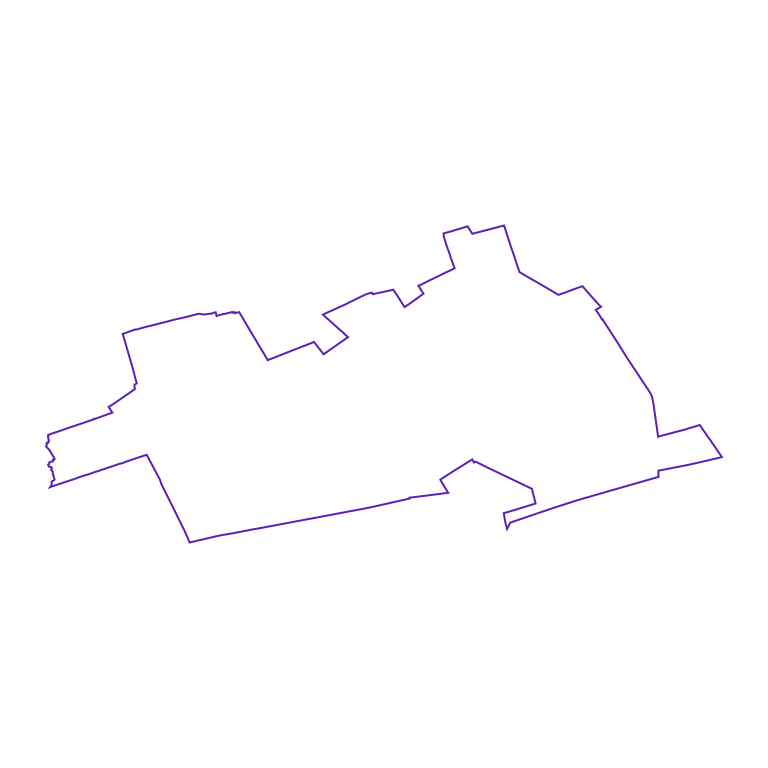 Baba Ana, Prahova, Romania
{"feature_id": "2599482B26950775852697", "entity_name": "Baba Ana", "entity_type": "district", "adm_level": 2, "iso_a3": "ROU", "parent_name": "Romania", "parent_adm1": "Prahova", "projection": "natural_earth1", "projection_center": [26.48, 44.974], "detail": "fine", "context": "isolated", "style": "outline", "palette": "violet", "viewbox_px": 768, "rotation_deg": 0, "n_neighbors": 0, "source": "geoboundaries", "source_scale": "gbopen_adm2", "svg_char_len": 5910}
<svg xmlns="http://www.w3.org/2000/svg" viewBox="0 0 768 768"><path d="M507.1,529.0L510.3,522.6L549.3,509.3L555.5,507.3L571.5,502.1L576.8,500.4L598.7,494.1L601.3,493.3L658.5,476.9L658.4,473.6L658.5,470.6L658.8,470.6L688.1,464.9L700.6,462.1L721.9,457.1L721.1,455.9L716.6,449.3L715.2,447.2L714.4,446.2L713.2,444.4L712.1,442.8L711.5,441.9L710.2,439.8L709.4,438.8L707.8,436.6L703.6,430.6L699.8,425.0L685.1,429.5L658.3,436.6L658.1,436.7L653.7,405.4L652.8,400.6L652.2,397.4L651.6,395.5L651.1,394.5L649.5,391.8L647.8,389.1L640.7,378.5L637.1,372.9L636.1,371.5L633.3,367.4L630.5,363.0L629.9,362.2L627.3,358.3L622.2,350.1L619.5,345.7L619.4,345.6L618.6,344.2L604.9,323.1L602.5,319.3L602.0,319.5L601.9,319.3L598.2,313.2L595.8,309.9L601.1,306.7L600.7,306.4L600.1,305.8L599.0,304.8L598.1,303.8L596.7,302.4L595.9,301.6L596.0,301.4L591.0,296.0L582.5,286.2L578.2,287.7L574.9,288.9L573.8,289.3L564.1,292.9L561.2,293.9L558.4,294.9L558.0,294.6L550.5,290.2L547.4,288.3L543.0,285.8L538.5,283.1L536.2,281.8L529.0,277.7L519.5,272.1L516.5,263.3L515.1,258.9L514.5,257.0L512.0,249.8L510.5,245.5L509.8,243.2L507.1,235.0L505.3,229.2L504.0,225.5L498.8,226.9L472.3,233.8L467.6,226.3L460.2,228.6L452.0,231.1L447.6,232.3L443.5,233.4L443.5,234.0L443.5,234.7L444.0,237.3L444.9,240.0L446.3,244.8L447.3,247.2L447.6,248.8L448.2,249.9L449.1,252.5L449.9,254.7L450.6,257.1L451.0,258.4L452.8,263.3L453.5,265.3L454.4,267.7L454.6,268.3L451.6,269.8L443.8,273.4L439.3,275.7L437.3,276.6L432.8,278.8L431.4,279.5L430.1,280.1L426.1,282.1L421.4,284.5L418.4,285.8L421.2,290.2L423.5,293.7L413.2,301.1L409.9,303.5L407.9,304.9L404.5,307.1L403.8,306.0L402.1,303.3L398.7,297.8L395.8,293.4L394.8,291.9L394.4,291.3L393.1,289.7L392.7,289.9L372.7,294.2L371.9,292.6L366.8,294.0L365.8,294.4L365.6,294.5L359.3,297.5L353.6,300.3L351.2,301.5L349.3,302.4L348.7,302.7L345.8,304.2L343.0,305.5L333.7,309.7L331.6,310.7L328.0,312.2L323.3,314.5L323.0,314.7L326.4,317.8L332.2,322.9L336.9,327.2L342.0,331.6L345.7,335.1L348.0,337.2L342.5,341.0L323.6,354.3L323.1,353.5L321.1,351.0L318.5,347.8L315.2,343.5L314.1,341.9L310.2,343.5L306.7,344.9L296.1,349.0L286.4,352.8L279.5,355.5L268.1,360.0L267.7,360.2L267.1,359.0L264.9,355.4L262.5,351.3L260.1,347.4L257.5,343.0L255.6,339.8L253.1,335.7L248.6,328.1L245.4,322.7L241.2,315.5L239.1,312.1L238.2,312.4L234.9,313.1L234.6,313.2L234.6,312.2L232.5,312.6L232.3,312.0L227.6,313.2L223.6,314.1L223.3,314.1L219.6,315.0L218.6,315.4L216.8,315.9L216.6,316.0L215.8,312.9L215.7,312.3L214.1,312.6L212.3,313.3L211.1,313.7L209.8,313.7L208.0,314.0L206.9,314.2L205.5,314.4L204.4,314.5L202.9,314.4L200.3,313.9L199.8,313.8L199.3,313.8L198.7,313.8L198.3,313.8L197.1,314.1L195.5,314.6L193.4,315.1L191.5,315.6L185.6,317.1L182.9,317.8L180.9,318.2L179.9,318.4L178.5,318.7L176.6,319.1L173.0,320.0L169.6,320.9L166.6,321.7L153.6,325.0L152.9,325.2L151.0,325.7L150.2,325.9L149.6,326.0L148.9,326.1L147.7,326.4L145.2,327.1L144.3,327.3L141.5,328.1L139.6,328.6L138.5,329.0L137.4,329.3L136.5,329.5L135.0,329.5L126.8,332.5L122.7,333.9L124.0,338.2L126.1,345.4L128.3,353.0L132.2,366.3L135.8,380.1L136.8,383.3L136.7,383.4L136.1,383.7L135.9,383.9L135.6,384.1L134.8,384.6L134.3,385.4L134.4,385.9L134.7,387.8L135.0,389.0L127.1,394.5L125.5,395.6L115.4,402.6L112.4,404.6L108.6,407.0L112.4,412.6L112.1,412.7L95.1,418.8L95.0,418.6L93.5,419.1L93.6,419.4L82.5,423.2L82.1,423.3L75.7,425.5L74.7,425.8L73.2,426.3L71.0,427.1L69.7,427.5L56.7,432.0L53.7,433.0L48.3,434.9L48.5,435.6L47.9,436.4L48.0,437.1L48.7,439.7L48.9,440.5L48.8,440.9L48.7,441.3L48.4,441.5L48.4,441.9L48.5,442.4L48.3,442.7L48.0,442.9L47.3,442.9L47.0,442.9L46.8,442.9L46.8,443.1L46.7,443.3L46.8,443.6L46.8,444.1L46.8,444.5L46.7,444.9L46.7,445.2L46.4,445.7L46.2,445.9L46.1,446.2L46.1,446.4L46.4,446.8L47.1,447.7L47.7,448.3L48.3,448.8L48.7,449.2L49.2,449.8L49.7,450.5L50.6,452.0L50.8,452.4L51.4,453.4L52.4,455.0L53.5,456.8L54.0,457.6L54.5,458.6L54.6,458.8L54.6,459.2L54.5,459.5L54.2,459.7L53.8,459.7L53.6,459.6L53.4,459.6L53.1,459.6L53.0,460.0L53.1,460.5L53.0,461.1L52.8,461.4L52.5,461.5L52.0,461.7L51.7,461.7L51.4,461.6L51.0,461.7L50.4,461.8L49.9,462.0L49.5,462.2L49.4,462.4L49.2,462.6L49.1,462.8L49.2,463.1L49.2,463.3L49.3,463.6L49.3,463.8L49.1,464.0L48.8,464.2L48.4,464.4L48.2,464.5L48.1,464.8L48.1,465.0L48.4,465.4L48.6,465.8L48.8,466.3L48.9,466.5L49.1,466.7L49.3,466.8L50.0,466.9L50.4,466.9L50.8,466.9L51.1,467.1L51.5,467.4L51.7,467.6L51.8,468.0L51.8,468.5L51.7,468.8L51.4,469.2L51.2,469.5L51.1,469.8L51.1,470.0L51.3,470.3L51.7,470.6L52.1,470.7L52.6,471.2L52.8,471.8L52.9,472.3L52.8,472.8L52.8,473.4L52.8,474.0L52.8,474.4L53.0,474.7L53.2,475.0L53.6,475.4L53.7,476.1L53.7,476.6L53.7,477.1L53.8,477.4L54.0,477.8L54.3,478.5L54.5,479.0L54.6,479.3L54.5,479.6L54.2,480.0L53.7,480.3L52.8,480.9L52.0,481.2L51.8,481.5L51.6,481.7L51.6,481.9L51.6,482.2L51.7,482.5L51.8,483.0L51.8,483.6L51.6,484.3L51.3,485.1L50.9,486.0L50.2,487.1L52.0,486.4L54.7,485.6L59.0,484.1L64.0,482.4L67.7,481.2L70.8,480.2L74.8,478.9L75.6,478.6L78.7,477.4L82.1,476.2L84.7,475.4L86.2,475.0L89.0,474.2L91.5,473.2L102.7,469.5L107.7,467.8L114.3,465.6L117.4,464.5L119.1,463.9L121.7,463.4L125.3,462.0L129.8,460.4L132.1,459.6L136.9,458.0L146.7,454.8L159.9,479.6L160.7,481.9L161.4,484.1L163.6,488.6L166.1,493.6L168.5,498.3L170.4,502.2L172.2,505.8L174.3,510.0L179.9,521.4L181.2,524.2L184.2,530.1L185.8,533.8L187.9,538.3L189.6,542.5L204.1,539.1L209.2,537.9L212.4,537.2L216.5,536.2L222.0,535.1L224.5,534.7L227.2,534.2L230.1,533.7L232.5,533.3L244.7,531.0L248.4,530.3L250.5,529.8L261.5,527.9L267.7,526.7L272.7,525.8L278.9,524.6L298.0,521.0L306.1,519.5L311.7,518.5L312.7,518.3L322.1,516.5L367.9,507.9L371.7,507.1L409.4,498.6L409.4,497.7L424.0,495.9L436.6,494.3L448.2,492.8L441.4,481.6L440.3,479.6L452.9,471.5L465.4,463.7L472.2,459.4L474.0,462.5L475.6,461.6L485.3,466.5L531.9,488.8L532.4,490.8L535.6,503.5L526.7,506.3L508.2,511.9L503.7,513.2L504.5,517.4L504.7,518.6L505.2,521.6L505.3,522.3L505.7,523.7L506.2,525.8L507.1,529.0Z" fill="none" stroke="#5b21b6" stroke-width="2"/></svg>